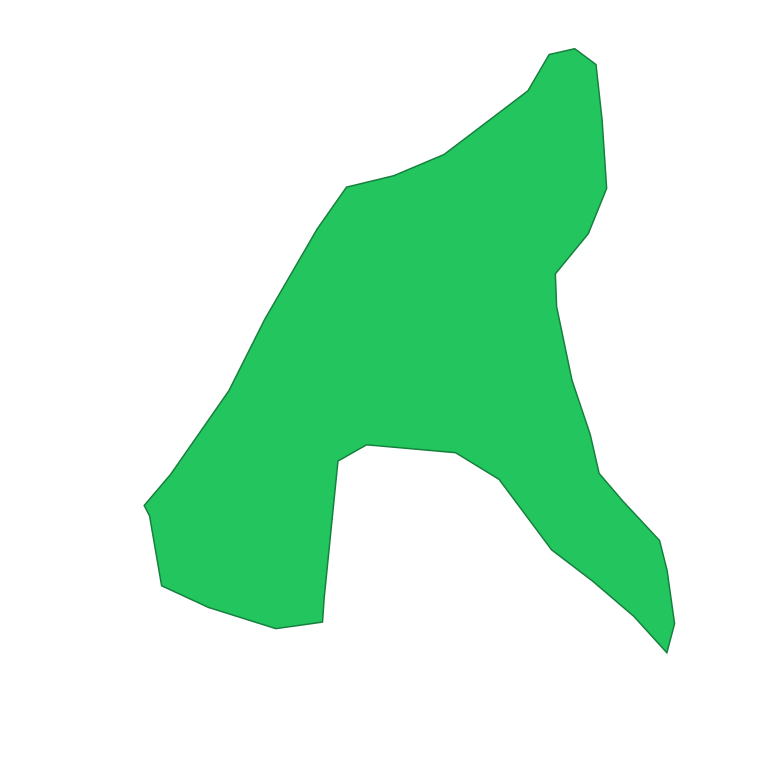 SVG path tracing the border of Aračinovo, rotated 172°
{"feature_id": "MKD-2919", "entity_name": "Aračinovo", "entity_type": "Statistical Region", "adm_level": 1, "iso_a3": "MKD", "parent_name": "North Macedonia", "parent_adm1": "", "projection": "mercator", "projection_center": [21.571, 42.028], "detail": "fine", "context": "isolated", "style": "filled", "palette": "green", "viewbox_px": 768, "rotation_deg": 172, "n_neighbors": 0, "source": "natural_earth", "source_scale": "10m", "svg_char_len": 662}
<svg xmlns="http://www.w3.org/2000/svg" viewBox="0 0 768 768"><g transform="rotate(172 384 384)"><path d="M136.3,677.5L129.6,670.8L131.3,614.7L136.3,546.7L160.7,504.5L199.0,469.2L202.3,436.6L197.3,361.5L186.8,305.3L183.4,265.5L164.0,235.1L132.9,190.6L129.6,160.0L129.6,106.2L141.3,78.5L169.0,119.2L205.1,160.0L241.1,196.4L283.3,273.5L322.7,306.0L409.8,326.2L440.3,314.1L473.1,180.1L478.0,156.8L525.2,156.8L589.0,187.2L632.3,215.1L634.5,285.9L638.4,297.1L607.9,324.2L538.5,399.0L493.0,464.8L428.7,546.7L393.7,584.2L345.4,588.9L292.7,602.9L233.9,635.7L200.6,654.4L174.6,687.3L148.5,689.5L136.3,677.5Z" fill="#22c55e" stroke="#15803d" stroke-width="1.5"/></g></svg>